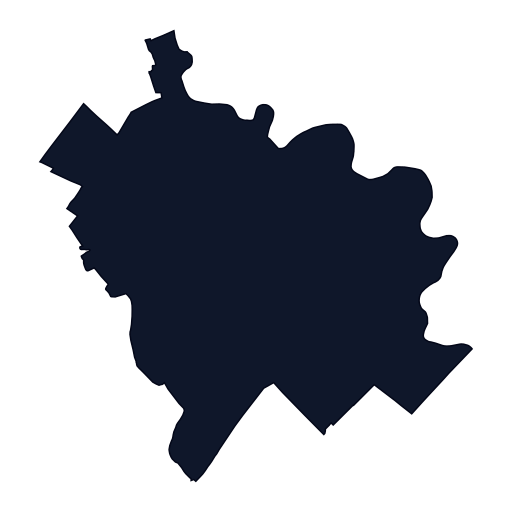 Gramesti, Botosani, Romania
{"feature_id": "2599482B6407705991691", "entity_name": "Gramesti", "entity_type": "district", "adm_level": 2, "iso_a3": "ROU", "parent_name": "Romania", "parent_adm1": "Botosani", "projection": "mercator", "projection_center": [26.148, 47.907], "detail": "fine", "context": "isolated", "style": "filled", "palette": "ink", "viewbox_px": 512, "rotation_deg": 0, "n_neighbors": 0, "source": "geoboundaries", "source_scale": "gbopen_adm2", "svg_char_len": 5997}
<svg xmlns="http://www.w3.org/2000/svg" viewBox="0 0 512 512"><path d="M191.1,480.5L193.8,479.5L195.8,481.3L200.3,476.6L202.7,474.0L205.3,470.5L207.9,466.5L209.4,464.6L211.6,461.5L214.9,456.1L216.7,453.8L219.3,449.3L235.0,425.8L242.5,415.6L263.7,388.2L273.7,382.6L282.5,392.4L305.1,415.6L323.8,434.5L324.8,433.4L325.3,431.1L325.4,429.0L329.3,425.1L329.3,424.8L331.2,423.0L333.2,425.0L353.3,405.0L353.6,405.3L374.2,384.7L389.7,396.5L393.9,399.7L394.1,399.8L401.6,405.9L411.7,413.8L421.8,402.6L429.7,394.0L442.6,380.1L448.7,373.3L472.1,348.9L471.6,348.2L470.7,347.3L469.6,346.4L468.6,345.7L467.4,345.2L463.7,344.2L461.2,344.0L459.6,344.2L451.3,345.8L449.2,346.0L446.5,346.1L444.2,345.9L442.4,345.5L435.6,343.2L431.0,342.0L429.4,341.8L428.2,341.4L426.8,340.6L425.4,339.7L424.7,339.1L424.1,338.3L423.6,337.3L423.4,336.6L423.3,335.7L423.4,334.3L424.1,331.1L425.1,328.6L427.1,324.4L427.6,323.1L427.5,322.8L427.4,317.7L427.1,316.4L426.2,313.6L425.8,312.7L425.4,312.0L422.2,309.2L421.5,308.4L421.1,307.8L420.5,306.4L419.8,304.6L419.3,302.8L419.1,300.7L419.2,299.2L419.3,298.0L419.7,296.2L420.0,295.2L420.6,293.9L421.2,292.8L422.0,291.7L425.2,288.5L429.4,285.2L433.4,282.8L435.3,282.0L436.6,281.2L437.9,280.4L439.8,278.3L440.7,276.7L440.9,276.0L441.8,271.3L443.1,267.6L444.0,265.8L446.0,262.6L450.0,256.7L453.8,251.6L456.2,247.7L457.1,245.7L457.3,244.9L457.5,243.9L457.5,242.9L457.3,241.8L456.8,240.3L456.1,239.1L455.4,238.2L454.9,237.7L453.2,236.6L451.9,236.0L450.9,235.7L449.6,235.6L446.6,235.7L439.0,237.9L437.3,238.1L433.4,238.3L429.0,237.3L427.3,236.6L425.8,235.9L424.9,235.2L423.3,233.8L422.4,232.8L421.6,231.8L421.2,231.1L420.8,230.0L420.2,228.3L420.0,226.7L419.8,223.8L419.9,222.8L420.2,221.3L420.5,220.2L421.0,219.2L421.9,217.7L426.1,211.6L427.7,209.2L428.6,207.3L429.8,204.7L431.1,201.2L432.1,197.4L432.0,192.3L431.9,190.9L431.2,186.5L431.1,186.0L429.3,181.8L428.0,179.2L425.7,175.3L424.5,173.7L423.9,173.0L421.9,171.0L420.7,170.2L418.3,169.5L414.8,168.7L406.7,167.4L404.5,167.1L397.9,166.9L396.4,167.0L394.9,167.4L394.0,167.8L393.1,168.5L391.4,170.3L387.9,173.7L386.5,174.5L382.9,176.5L379.6,177.5L373.1,179.3L371.7,179.5L369.4,179.6L367.8,179.3L356.9,173.7L354.6,172.2L353.5,171.4L352.2,169.9L351.4,168.4L351.2,167.6L351.0,166.5L351.1,165.2L351.2,164.0L351.6,162.0L353.1,157.0L353.4,155.5L353.7,152.3L353.8,151.9L354.0,146.9L354.0,144.7L353.8,143.2L353.3,141.2L352.5,138.7L351.5,136.6L349.2,132.4L346.7,128.2L346.1,127.5L344.8,126.4L342.4,125.0L341.3,124.5L340.7,124.4L337.7,124.3L331.1,124.4L327.0,124.7L325.5,124.9L320.0,126.2L315.0,127.4L312.6,128.1L306.6,131.0L306.2,131.3L305.9,131.3L303.4,132.4L300.9,133.8L296.9,136.3L295.0,137.8L292.5,139.9L290.1,142.3L287.0,145.8L285.7,146.9L284.8,147.5L283.7,148.0L282.7,148.3L281.9,148.5L279.2,148.6L278.3,148.5L269.7,139.0L268.1,137.9L267.3,136.8L267.6,134.4L268.4,131.0L269.3,127.6L269.5,126.8L272.0,121.2L272.4,120.2L273.3,116.6L273.6,114.2L273.6,112.8L273.5,111.9L273.1,110.7L272.8,110.0L271.2,108.1L270.0,106.9L268.7,105.9L267.3,105.2L266.0,104.8L264.2,104.7L262.8,104.7L261.1,105.1L259.2,106.0L258.0,106.9L257.2,108.2L256.5,109.9L254.6,117.1L254.3,118.1L253.9,118.8L253.3,119.7L252.7,120.1L250.8,120.5L249.4,120.5L246.9,120.2L245.4,120.3L244.1,120.1L242.9,119.8L241.0,119.1L239.9,118.6L238.6,117.7L238.0,117.0L237.1,115.7L234.4,110.3L233.6,109.1L232.6,107.9L231.6,106.9L230.2,106.0L228.9,105.4L227.6,104.9L226.7,104.7L219.5,104.0L212.7,104.2L211.5,104.2L204.6,103.1L196.1,101.4L194.7,101.0L193.4,100.4L190.7,98.8L189.6,97.8L188.9,97.0L187.9,95.7L186.7,93.5L185.2,90.5L183.8,86.8L181.9,80.7L181.5,79.9L181.2,79.0L180.9,77.4L181.0,76.0L181.2,75.4L182.4,73.4L183.4,72.0L185.7,69.6L187.0,68.7L189.0,67.7L189.8,67.0L190.7,66.0L191.1,65.4L191.6,64.5L192.1,62.5L192.2,61.7L192.1,58.9L191.9,57.0L191.7,56.4L191.4,55.8L190.7,55.0L187.3,52.1L187.2,51.8L184.2,51.9L181.7,51.0L179.0,49.2L177.2,45.1L175.0,38.1L173.9,30.7L162.6,35.7L154.9,38.8L151.0,40.7L150.2,38.9L145.4,40.0L145.2,40.2L145.2,40.4L146.2,42.3L146.8,43.7L148.5,49.3L149.3,50.7L151.1,52.2L152.3,54.1L153.2,57.2L154.0,59.0L154.8,60.6L155.8,64.6L155.8,64.9L155.7,65.1L154.8,65.5L152.6,65.7L152.4,66.4L152.6,70.0L151.5,70.6L151.3,71.0L151.3,71.4L150.9,71.7L149.1,71.7L149.1,73.1L149.5,73.5L150.6,76.4L153.6,86.0L155.9,92.6L161.1,92.7L161.9,97.9L159.6,98.8L155.2,100.4L152.3,101.6L145.9,104.7L131.1,112.3L130.8,113.1L129.5,115.2L128.4,116.8L119.0,132.8L117.1,134.9L111.3,129.3L106.3,124.7L96.7,116.2L90.5,110.4L86.6,106.5L83.6,103.7L70.1,121.7L51.8,145.6L45.2,154.4L39.9,161.8L41.8,162.5L53.4,168.2L52.6,169.6L50.9,171.6L70.8,180.9L80.4,184.8L82.4,186.6L81.1,188.0L80.2,189.9L77.7,193.8L74.7,198.2L71.0,202.1L69.8,203.8L68.4,206.5L66.9,208.6L77.6,215.9L69.4,226.3L72.2,230.2L76.9,237.6L82.6,246.0L80.1,246.8L79.8,247.7L80.0,248.5L80.5,249.2L81.4,249.5L84.4,249.4L86.2,249.7L87.3,249.7L88.4,249.4L89.5,249.6L90.0,250.0L89.7,250.5L89.0,251.3L86.3,252.4L85.1,253.5L83.7,254.5L81.7,255.8L81.3,256.1L81.4,256.7L81.7,257.3L82.3,258.7L83.1,259.4L83.7,260.2L83.6,262.0L83.7,263.4L84.1,265.0L85.0,267.5L85.8,269.5L86.6,270.5L87.6,270.8L88.2,270.7L94.2,267.9L95.8,269.6L98.1,272.5L101.2,276.4L107.8,283.6L108.2,284.3L108.1,284.6L106.9,286.3L105.8,288.4L105.7,289.2L106.1,289.9L107.3,291.0L109.0,293.0L110.7,296.4L111.3,296.7L115.2,296.9L126.0,293.6L128.0,295.6L130.6,298.9L131.5,301.5L132.1,305.4L132.2,309.3L132.1,316.2L131.5,324.5L130.6,330.2L130.1,331.9L130.0,334.5L130.9,340.5L133.1,349.6L134.6,357.2L136.2,361.4L136.1,362.1L136.4,362.5L136.7,364.6L137.1,365.9L139.0,368.1L143.0,372.0L152.8,382.1L156.0,383.9L159.0,385.2L160.9,384.6L162.2,384.4L163.3,383.7L164.4,382.6L168.1,389.1L179.0,403.4L183.7,408.3L184.3,410.2L184.1,411.7L182.8,415.2L180.4,419.3L177.5,423.3L176.5,425.1L175.8,427.4L174.6,430.2L173.9,431.8L173.2,434.9L172.9,437.0L172.4,439.0L171.5,440.9L169.8,445.5L169.1,449.4L169.2,450.7L169.7,453.5L170.2,454.9L171.3,457.4L172.4,459.1L175.4,462.0L177.9,463.0L181.7,467.7L184.1,471.6L185.8,473.7L190.0,477.9L191.1,478.5L191.1,480.5Z" fill="#0f172a" stroke="#020617" stroke-width="1.5"/></svg>